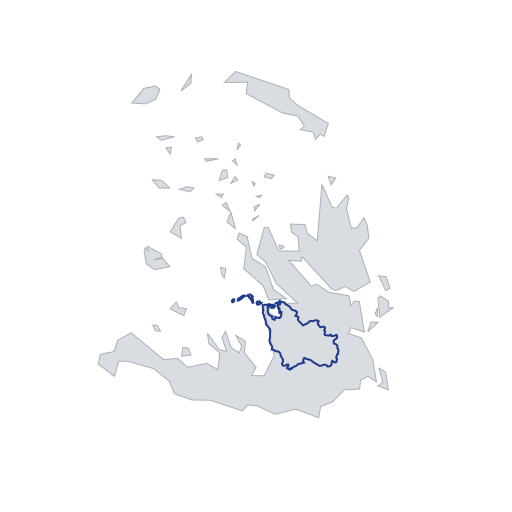 Greece, with Thessalia highlighted, rotated 203°
{"feature_id": "GRC-2900", "entity_name": "Thessalia", "entity_type": "Region", "adm_level": 1, "iso_a3": "GRC", "parent_name": "Greece", "parent_adm1": "", "projection": "robinson", "projection_center": [22.751, 39.565], "detail": "fine", "context": "in_parent", "style": "outline", "palette": "blue", "viewbox_px": 512, "rotation_deg": 203, "n_neighbors": 0, "source": "natural_earth", "source_scale": "10m", "svg_char_len": 8404}
<svg xmlns="http://www.w3.org/2000/svg" viewBox="0 0 512 512"><g transform="rotate(203 256 256)"><path d="M339.2,89.9L359.0,94.9L360.9,104.7L349.3,112.6L350.4,124.4L340.9,136.5L300.5,124.5L288.2,131.2L275.5,126.8L259.8,137.7L247.0,136.6L251.3,152.6L265.2,157.0L270.4,165.8L253.1,155.5L245.7,156.9L255.4,167.4L254.6,174.7L243.2,162.1L233.6,160.2L233.9,167.4L243.6,175.0L232.4,173.5L229.1,162.5L212.4,153.5L213.4,144.2L201.7,148.9L200.2,171.2L229.8,213.6L222.8,217.2L223.1,209.5L213.4,207.1L210.1,209.5L212.0,213.8L215.2,220.7L219.3,220.3L199.2,228.7L226.8,238.8L244.3,254.0L255.8,257.8L259.5,285.6L256.1,287.2L237.0,269.6L218.1,277.3L224.7,290.0L232.8,292.0L236.6,298.9L223.2,304.1L217.3,296.8L205.5,293.9L223.3,347.7L205.2,330.7L200.7,331.3L195.9,347.7L193.4,346.3L191.3,335.2L179.3,319.1L174.2,321.0L171.6,333.4L165.3,327.2L159.0,316.5L163.0,301.5L140.6,276.7L152.0,261.7L162.3,262.7L169.1,255.2L174.3,255.6L213.4,273.4L212.3,268.9L224.1,264.8L193.2,249.8L189.1,253.8L174.8,251.1L154.8,255.6L149.1,247.4L148.0,253.0L143.1,254.4L126.5,228.4L140.4,227.3L140.7,220.7L127.0,221.8L107.9,206.1L96.0,187.3L105.9,188.8L111.4,182.7L108.6,174.0L122.5,167.3L128.7,151.3L137.7,142.7L135.1,131.6L159.6,130.6L176.3,117.9L196.3,118.5L205.5,115.6L207.9,108.1L241.8,105.4L258.5,98.5L276.9,97.3L287.2,106.9L306.3,112.4L333.0,109.0L341.4,105.4L339.2,89.9ZM251.7,392.5L264.5,389.6L262.2,394.5L272.3,401.2L287.3,398.0L328.7,401.7L331.4,412.8L353.0,403.4L346.8,417.9L290.7,422.1L286.9,414.5L276.9,411.0L241.1,406.2L240.1,392.6L244.3,393.6L246.9,386.6L251.7,392.5ZM227.0,220.6L237.8,231.4L262.2,239.5L268.3,260.5L279.9,264.1L280.6,270.4L271.7,270.4L258.7,252.2L242.9,249.6L226.8,232.0L211.4,228.6L227.0,220.6ZM353.9,206.0L360.9,216.8L361.2,220.6L357.3,218.5L359.7,222.5L344.1,220.9L341.9,218.2L348.5,212.5L340.5,217.5L331.2,212.4L344.1,203.8L353.9,206.0ZM414.8,373.2L409.6,371.8L409.4,361.2L417.4,352.7L430.2,348.4L424.7,366.5L414.8,373.2ZM341.9,260.6L338.1,263.4L333.7,259.4L337.7,254.0L331.7,243.1L344.4,244.8L341.9,260.6ZM118.1,248.0L127.1,264.4L126.0,267.9L116.3,266.1L113.5,259.8L109.4,262.5L118.1,248.0ZM98.9,200.9L91.1,199.5L81.8,184.5L93.0,184.1L89.8,189.3L98.9,200.9ZM314.5,173.8L311.3,182.5L306.9,178.2L299.4,180.3L299.2,173.0L314.5,173.8ZM371.8,280.6L381.2,285.6L372.7,288.8L362.0,284.9L371.8,280.6ZM287.5,143.0L282.4,144.8L277.2,139.5L285.2,134.7L287.5,143.0ZM123.1,274.8L135.3,285.7L128.1,287.8L120.1,278.5L123.1,274.8ZM320.3,322.1L316.7,324.0L312.8,317.1L319.4,310.9L320.3,322.1ZM296.0,276.0L296.3,286.5L285.6,273.2L296.0,276.0ZM389.6,378.5L386.4,398.7L383.5,389.5L389.6,378.5ZM124.3,240.0L117.8,242.7L123.5,229.8L124.3,240.0ZM220.7,357.6L213.1,358.8L214.7,350.8L220.7,357.6ZM377.7,333.9L388.4,325.5L394.0,327.0L385.8,331.5L377.7,333.9ZM339.7,294.5L341.9,289.3L352.7,287.4L346.8,292.6L339.7,294.5ZM307.6,313.2L306.2,320.9L302.4,318.8L307.6,313.2ZM307.0,289.5L304.2,293.7L297.7,287.2L307.0,289.5ZM284.2,231.6L278.8,232.6L276.5,223.2L279.7,225.0L284.2,231.6ZM324.1,152.2L319.6,153.5L314.6,149.5L319.4,147.9L324.1,152.2ZM279.3,332.1L279.1,336.1L270.8,337.5L272.0,333.1L279.3,332.1ZM341.5,325.3L328.5,330.9L338.9,323.6L341.5,325.3ZM273.5,288.6L269.0,294.5L272.6,287.0L273.5,288.6ZM316.7,297.4L310.4,300.2L310.6,296.5L316.7,297.4ZM357.8,340.9L352.6,344.5L350.1,342.8L354.1,338.3L357.8,340.9ZM381.2,320.4L376.3,323.2L374.9,316.2L381.2,320.4ZM276.9,300.5L272.7,305.1L274.8,297.2L276.9,300.5ZM123.7,249.2L123.9,255.7L120.5,247.7L123.7,249.2ZM314.8,334.4L313.1,337.3L308.8,332.4L314.8,334.4ZM248.0,216.6L243.5,217.5L240.5,211.9L248.0,216.6ZM239.0,275.0L235.6,276.2L233.6,274.7L236.3,271.8L239.0,275.0ZM278.9,311.1L274.7,314.0L275.3,311.3L278.9,311.1ZM315.0,346.4L316.2,353.0L313.5,352.0L315.0,346.4ZM288.5,323.0L285.0,322.5L285.1,319.5L288.5,323.0Z" fill="#d9dde1" stroke="#a8b0b8" stroke-width="1"/><path d="M204.9,176.2L204.9,176.3L205.4,178.1L205.7,178.7L206.2,179.2L207.7,180.4L208.6,180.9L209.1,181.4L210.1,182.7L210.5,183.3L210.9,184.2L211.1,185.2L211.2,186.2L211.4,187.0L212.6,189.8L213.6,192.7L214.1,193.6L214.7,194.2L216.8,195.5L218.8,196.3L220.4,197.4L220.5,197.5L221.2,199.2L221.6,199.8L225.1,203.5L225.6,204.6L227.5,206.3L228.4,209.0L230.4,212.7L230.5,213.4L230.0,213.6L228.7,214.7L228.0,215.0L226.4,215.2L225.7,215.4L225.1,215.7L225.3,215.8L225.6,216.0L225.9,216.1L225.9,216.4L225.5,216.5L225.2,216.7L225.0,216.8L224.8,217.0L224.3,216.9L223.4,216.9L222.5,217.2L221.9,217.6L221.3,217.8L220.3,217.8L218.7,217.4L219.1,216.7L219.5,216.1L219.3,215.4L219.9,215.0L221.2,214.4L221.2,215.0L220.7,217.0L223.5,215.6L223.9,215.0L223.7,214.5L223.9,214.4L224.3,214.4L224.5,214.5L224.9,214.5L225.2,213.9L225.3,213.4L225.1,212.8L224.1,211.2L223.7,210.7L223.8,209.9L223.4,209.0L222.7,208.2L222.0,207.6L221.2,207.1L220.5,206.8L217.4,206.6L217.4,206.4L217.4,206.2L217.3,205.9L217.1,205.7L216.7,204.9L216.5,204.6L216.2,204.6L215.1,204.6L214.2,204.4L214.0,204.5L214.3,204.9L214.3,205.3L213.9,205.7L213.7,206.2L213.9,206.8L214.3,207.3L213.3,207.5L211.8,207.7L210.2,208.0L209.6,208.8L209.5,210.7L209.6,211.3L210.7,214.4L211.0,214.4L211.3,213.8L211.8,213.4L211.6,212.8L211.8,212.8L212.2,213.1L212.4,213.7L212.6,213.4L213.0,214.2L213.2,215.1L213.4,216.0L214.0,216.7L214.1,216.4L214.3,216.4L214.1,216.0L214.0,215.7L215.0,216.3L215.5,217.2L215.9,218.0L216.5,218.8L216.3,219.4L216.3,219.5L216.5,219.8L215.2,220.5L214.9,221.0L215.1,221.7L217.2,220.6L218.3,220.2L219.5,220.1L219.5,220.4L219.2,220.8L217.9,221.4L217.5,221.8L217.4,222.1L217.1,223.1L216.9,223.5L216.6,223.8L216.5,224.0L216.4,223.9L216.1,223.8L215.2,223.5L213.7,224.1L211.3,224.3L210.1,223.2L209.4,222.9L208.0,223.1L205.8,222.5L205.1,222.5L202.5,220.8L201.7,220.6L198.6,220.9L197.1,220.8L196.4,220.4L196.1,219.7L196.0,217.5L196.2,216.3L193.6,216.6L192.9,216.1L192.6,213.9L192.0,213.4L190.6,212.5L187.8,211.5L185.8,210.4L182.2,214.3L181.0,217.0L180.1,217.7L178.7,218.0L177.9,218.4L176.8,219.6L175.1,220.4L173.6,220.7L172.9,220.6L172.7,219.9L173.0,219.3L172.8,217.9L172.2,217.2L170.9,216.7L169.5,215.7L168.7,215.7L166.5,217.2L165.7,217.5L165.0,217.4L164.4,216.9L164.1,216.2L164.4,214.9L164.1,214.2L162.8,213.5L162.6,211.4L162.3,210.7L161.7,210.2L158.2,211.0L157.4,211.6L157.2,212.2L156.5,212.8L155.2,211.8L154.5,212.0L153.0,213.0L151.1,214.8L150.6,214.6L149.6,213.1L149.4,212.3L151.5,208.4L150.9,207.0L150.0,205.9L149.2,206.1L147.1,205.8L145.7,204.8L145.2,203.1L143.3,201.6L143.0,200.7L143.1,200.0L142.8,199.1L142.2,198.4L142.4,197.7L142.9,197.1L142.6,195.7L142.8,194.4L142.3,193.7L141.7,193.4L141.1,192.7L141.0,191.3L140.6,189.8L141.1,189.2L141.9,188.8L143.5,188.8L144.1,189.3L144.8,189.3L144.8,188.0L144.1,185.0L144.4,184.4L144.8,183.7L145.6,183.2L146.0,182.6L146.8,182.3L147.9,182.6L148.4,183.1L149.1,183.1L150.8,182.5L151.6,182.1L152.5,180.9L153.4,180.3L154.9,179.7L160.8,180.5L164.9,181.5L166.3,181.5L169.3,180.9L171.4,181.2L171.9,180.8L172.0,180.1L171.7,178.7L171.8,178.1L171.5,177.4L170.2,176.6L171.0,176.1L173.0,174.3L174.6,173.5L175.4,172.2L175.8,170.9L177.7,169.0L178.9,167.2L179.3,165.9L180.2,164.9L180.5,165.6L180.9,165.0L181.7,164.6L183.8,165.0L183.7,165.7L183.3,166.3L183.5,167.0L183.3,167.7L183.6,168.5L184.3,168.7L185.2,168.0L186.0,166.8L186.7,166.2L188.4,165.7L189.7,166.4L190.0,167.2L189.9,169.3L190.3,170.7L191.5,171.9L194.2,173.7L195.1,175.2L196.4,176.3L197.9,176.8L201.1,176.0L201.8,176.1L202.4,176.6L204.5,176.3L204.9,176.2ZM243.6,216.4L243.2,216.1L241.9,214.9L241.6,214.5L241.5,213.9L240.3,212.0L240.8,211.7L240.9,211.9L241.0,212.0L241.4,212.0L242.3,213.0L243.4,213.8L244.7,214.6L246.0,215.0L245.9,215.7L246.7,215.9L247.7,215.8L248.6,216.1L248.6,216.4L247.3,217.7L246.5,218.2L245.5,218.4L245.1,218.3L244.5,217.8L243.5,217.6L243.1,217.4L243.1,217.1L243.6,216.7L243.6,216.4ZM254.3,211.3L253.7,212.8L252.7,214.2L251.4,215.1L250.2,215.0L250.7,214.3L251.3,213.9L251.8,213.3L252.4,211.5L254.5,208.4L255.1,208.0L255.1,208.3L255.0,208.5L254.9,208.7L255.8,208.8L255.6,209.8L254.9,210.9L254.3,211.3ZM234.2,215.0L233.7,214.9L233.3,214.8L232.9,214.9L232.5,215.0L232.7,214.1L233.1,213.8L233.7,213.7L233.9,213.5L234.1,213.0L234.5,212.4L235.1,211.9L235.6,211.7L236.2,212.1L236.9,212.6L237.3,213.4L237.0,214.4L236.3,213.9L235.7,214.4L235.2,215.7L234.9,215.6L234.5,215.2L234.2,215.0ZM260.1,204.9L260.5,205.0L260.7,206.0L260.2,207.2L259.4,207.6L259.0,207.2L259.1,206.8L259.3,206.7L259.1,206.5L258.7,206.3L258.5,205.9L258.7,205.4L258.9,204.9L259.2,204.4L259.6,204.3L259.6,204.8L259.7,205.2L259.8,205.0L260.1,204.9Z" fill="none" stroke="#1e3a8a" stroke-width="2"/></g></svg>